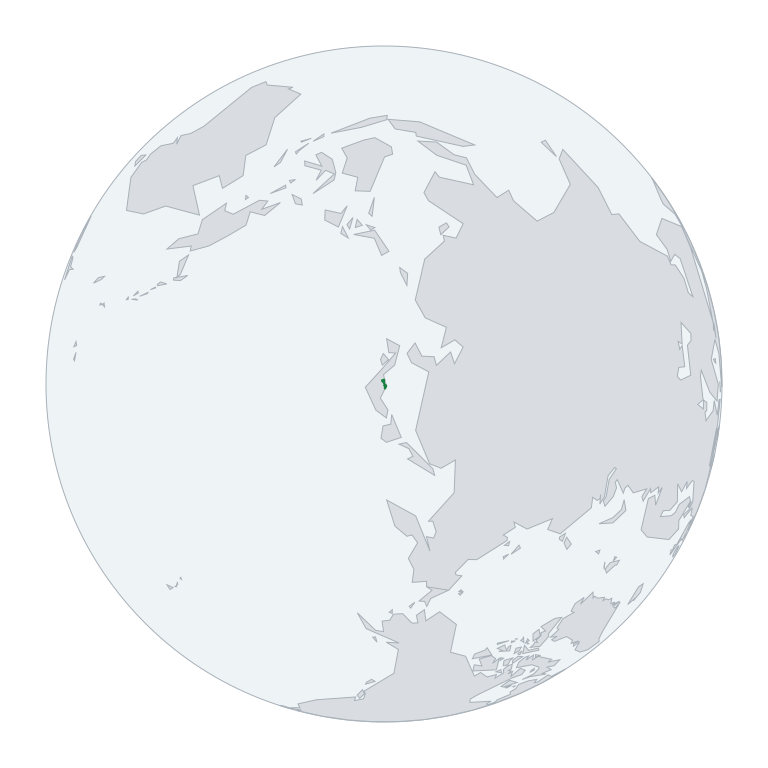 Ishikawa highlighted on a globe, orthographic projection, rotated 140°
{"feature_id": "JPN-1842", "entity_name": "Ishikawa", "entity_type": "Prefecture", "adm_level": 1, "iso_a3": "JPN", "parent_name": "Japan", "parent_adm1": "", "projection": "orthographic", "projection_center": [136.851, 36.797], "detail": "fine", "context": "on_globe", "style": "filled", "palette": "green", "viewbox_px": 768, "rotation_deg": 140, "n_neighbors": 0, "source": "natural_earth", "source_scale": "10m", "svg_char_len": 12866}
<svg xmlns="http://www.w3.org/2000/svg" viewBox="0 0 768 768"><g transform="rotate(140 384 384)"><circle cx="384" cy="384" r="338" fill="#eef3f6" stroke="#a8b0b8"/><path d="M606.1,600.8L605.9,602.3L605.5,602.7L606.1,600.8ZM660.4,189.6L656.6,187.2L664.9,196.2L670.4,204.6L668.3,202.5L664.6,196.8L656.5,190.1L655.5,194.2L638.7,185.5L606.9,162.5L610.1,160.5L602.1,156.0L597.5,158.6L596.4,161.5L562.4,156.0L543.6,171.4L548.2,184.7L538.9,175.9L554.9,208.0L551.5,225.8L548.8,200.7L543.5,194.6L537.9,203.6L531.3,199.3L524.8,201.6L517.3,196.0L516.3,182.8L511.5,179.2L507.9,185.9L498.1,185.2L504.2,175.7L487.8,173.8L483.1,153.3L505.5,135.8L496.5,123.0L502.5,102.2L495.5,100.9L493.3,93.3L484.5,89.2L488.1,87.3L477.9,85.8L476.3,88.4L471.3,88.8L465.9,86.9L469.6,83.9L472.8,84.4L471.1,82.6L475.3,82.0L470.2,81.2L475.3,78.3L462.3,78.5L459.8,74.0L465.3,72.9L475.0,76.5L511.9,85.7L520.5,87.2L522.9,84.9L505.9,72.2L511.1,73.0L510.7,71.5L503.2,68.9L500.7,69.4L486.6,65.1L485.3,67.0L479.4,65.9L473.9,67.3L463.8,63.6L456.8,59.5L460.8,58.5L457.8,57.0L445.1,55.6L443.9,52.5L428.1,49.0L428.7,49.0L453.7,53.3L478.3,59.5L502.3,67.5L525.7,77.2L548.3,88.7L570.0,101.8L590.6,116.6L610.0,132.8L628.2,150.5L645.0,169.4L660.4,189.6ZM679.3,369.7L676.4,363.6L680.0,364.1L679.3,369.7ZM673.4,362.2L674.6,363.8L673.3,362.9L673.4,362.2ZM671.5,363.1L672.9,362.5L671.6,363.9L671.5,363.1ZM669.4,365.3L670.4,363.8L670.4,364.3L669.4,365.3ZM665.1,366.4L663.9,366.5L664.7,364.5L665.1,366.4ZM597.0,163.7L598.1,159.2L604.7,158.9L604.6,162.9L597.0,163.7ZM583.3,165.7L582.0,161.9L591.1,166.0L589.0,166.8L583.3,165.7ZM553.1,195.8L555.3,190.9L555.4,197.3L553.1,195.8ZM525.2,202.9L526.7,205.8L522.7,205.8L525.2,202.9ZM479.9,69.4L477.0,68.4L479.5,68.6L479.9,69.4ZM480.3,71.2L485.3,72.2L486.2,73.3L483.1,72.6L480.3,71.2ZM507.6,197.5L500.7,197.0L507.6,195.1L507.6,197.5ZM473.9,69.8L487.2,75.0L488.7,77.0L478.2,76.2L473.9,69.8ZM496.6,195.2L479.8,195.1L481.7,201.3L467.0,184.5L486.1,189.7L494.2,186.1L492.6,191.3L496.6,195.2ZM478.1,90.1L479.6,87.3L483.3,91.6L478.1,90.1ZM481.7,92.9L500.3,107.0L495.4,110.9L490.2,105.1L487.8,112.1L476.3,106.9L475.0,101.9L480.4,100.3L471.9,99.7L481.7,92.9ZM461.5,175.6L457.3,173.9L461.5,173.2L461.5,175.6ZM469.6,89.3L473.7,91.6L469.8,95.0L460.7,91.1L464.9,91.2L469.6,89.3ZM492.9,116.7L488.3,118.9L477.7,115.2L474.5,115.7L475.6,107.1L492.9,116.7ZM463.1,89.5L456.2,89.2L453.1,86.0L465.2,87.4L463.1,89.5ZM472.6,97.6L470.3,99.2L468.6,97.0L472.6,97.6ZM438.5,75.4L443.6,77.5L442.0,79.3L438.5,75.4ZM453.8,89.3L454.9,90.4L454.8,91.5L449.7,90.8L453.8,89.3ZM468.1,105.4L464.6,103.6L467.1,108.6L459.2,106.5L461.4,101.3L457.2,102.7L454.8,102.1L459.2,98.7L468.1,105.4ZM444.4,93.5L444.4,87.0L435.3,82.4L436.5,80.5L451.0,88.3L444.4,93.5ZM452.7,96.7L447.9,94.2L451.8,92.8L457.6,93.8L452.7,96.7ZM453.2,107.0L464.6,111.6L463.8,112.6L453.2,107.0ZM441.0,92.3L441.1,94.0L439.9,92.2L441.0,92.3ZM448.5,102.7L452.7,104.0L451.6,105.1L448.5,102.7ZM437.7,96.4L437.8,94.1L441.7,94.5L437.7,96.4ZM442.1,99.4L439.6,100.7L443.0,96.0L444.1,99.8L442.1,99.4ZM446.8,103.5L447.6,104.6L445.2,102.8L446.8,103.5ZM422.9,96.5L426.4,90.5L435.0,91.3L430.5,96.8L422.9,96.5ZM126.2,165.5L127.3,164.5L108.1,191.7L101.8,205.5L117.6,192.4L128.0,169.0L139.9,156.8L139.7,168.2L132.1,190.6L136.5,186.7L149.8,166.7L156.8,166.8L155.4,159.6L149.5,166.2L148.6,162.3L153.9,156.2L156.1,156.2L160.9,148.9L149.0,152.0L141.7,159.0L148.8,145.8L137.4,156.6L136.3,156.2L155.1,138.0L159.9,134.6L187.8,111.8L183.4,113.9L156.8,136.0L161.2,131.5L155.1,135.9L163.3,129.1L193.5,105.8L205.7,97.0L224.3,86.2L227.1,84.8L244.9,76.3L236.0,80.8L240.2,79.1L232.2,83.8L233.5,86.1L227.3,91.1L240.0,88.6L238.5,91.3L231.4,91.7L223.2,95.3L209.1,110.1L210.0,111.9L219.4,109.5L214.4,114.4L225.3,110.2L223.2,118.8L234.9,105.3L246.2,103.5L251.6,107.4L257.5,104.7L248.7,98.5L243.3,98.4L235.3,102.0L222.4,101.3L224.6,97.2L246.0,89.8L251.5,83.6L265.7,81.7L280.7,97.6L280.8,107.0L255.1,126.3L248.1,124.7L253.8,116.6L237.3,125.9L244.0,124.2L239.8,128.7L249.6,129.2L247.1,132.5L260.8,127.7L258.8,131.9L250.2,134.8L263.0,140.4L262.2,149.6L266.3,149.4L270.9,146.5L266.8,160.8L270.0,160.1L272.6,155.0L280.7,150.4L293.3,148.3L291.2,153.4L286.4,154.8L273.0,166.0L260.4,169.8L260.9,171.8L271.3,169.7L287.6,156.0L295.8,153.3L289.0,160.1L292.1,157.4L295.5,157.8L296.9,163.1L304.8,155.9L345.3,156.0L352.1,167.3L341.5,172.6L367.6,180.9L373.2,194.8L375.6,189.8L389.7,191.6L388.1,187.2L390.3,185.0L425.8,189.8L432.4,195.5L450.4,193.8L451.6,191.5L447.7,187.0L467.0,184.5L481.7,201.3L478.2,205.5L489.9,213.9L480.2,222.8L477.5,234.7L460.2,240.8L459.6,250.3L464.3,252.6L467.0,268.1L456.5,293.4L444.5,262.5L456.2,226.5L449.6,239.8L445.0,234.1L438.9,237.4L434.8,247.5L438.1,250.3L400.2,255.6L378.1,279.9L394.5,282.8L400.3,293.6L389.6,328.1L341.9,364.5L349.2,382.7L346.7,392.6L333.8,395.5L337.1,381.0L328.1,372.7L331.9,364.6L312.4,365.7L317.0,354.2L299.6,361.4L301.4,372.3L316.9,375.0L299.7,387.3L309.9,408.2L306.1,428.2L272.5,453.5L245.8,454.6L243.1,459.9L235.0,449.4L220.3,455.9L232.1,495.8L230.4,504.9L208.5,513.8L208.7,506.9L187.3,479.0L180.4,498.8L196.5,525.2L201.9,548.3L188.2,535.6L183.0,514.7L175.5,504.2L179.7,486.5L177.6,454.2L163.9,452.3L167.0,441.1L162.0,410.3L143.6,406.2L112.9,417.2L105.2,443.8L96.2,448.8L93.7,396.8L100.6,367.4L94.7,363.3L96.4,328.9L84.8,299.9L87.5,290.7L84.4,288.1L86.3,272.1L92.3,258.1L91.3,252.2L76.5,289.8L78.0,296.4L85.5,293.7L80.6,304.9L79.3,323.3L64.7,332.2L54.8,313.2L61.3,291.7L92.6,218.9L95.8,215.0L96.2,214.3L97.1,213.1L92.3,218.3L100.2,205.6L75.4,250.1L68.0,266.4L54.6,313.8L54.0,314.7L51.9,327.2L54.4,342.3L52.8,348.6L47.0,367.2L46.4,370.4L48.3,345.6L52.0,321.0L57.5,296.7L64.9,272.9L73.9,249.8L84.6,227.3L96.9,205.7L110.8,185.1L126.2,165.5ZM116.4,225.5L116.9,240.2L129.9,223.1L131.2,227.6L135.2,220.5L130.9,221.8L142.5,203.9L147.5,207.2L154.3,201.5L154.4,196.4L143.4,193.5L126.6,218.7L120.9,219.9L116.4,225.5ZM271.6,67.9L264.7,70.4L261.7,70.7L269.7,66.6L274.2,65.9L271.6,67.9ZM255.7,74.2L274.8,69.3L270.6,72.4L269.7,71.3L265.0,73.9L262.4,73.0L239.8,81.7L235.6,82.7L252.6,73.2L249.3,75.4L256.2,72.4L255.7,74.2ZM330.8,58.5L339.0,58.4L319.3,65.0L313.9,64.4L321.5,59.6L332.3,57.6L330.8,58.5ZM452.8,68.3L457.2,69.3L456.2,69.9L451.6,69.6L452.8,68.3ZM441.0,76.2L432.5,65.3L437.1,65.6L426.6,59.8L434.6,58.8L441.2,62.4L439.5,57.7L448.7,60.6L446.2,57.6L459.9,65.7L468.1,68.8L455.9,65.6L448.3,66.4L447.4,67.6L451.1,73.8L464.9,81.5L459.5,84.2L452.0,84.1L447.9,82.6L452.7,81.2L443.7,80.3L447.5,77.2L441.0,76.2ZM367.8,91.9L375.1,89.0L357.7,90.2L361.4,85.6L359.1,86.1L357.8,82.4L352.2,78.9L355.4,77.2L351.9,76.7L350.9,74.5L347.1,73.4L351.5,70.0L347.2,68.5L351.7,67.9L343.2,66.3L351.5,66.1L351.0,63.8L343.2,65.2L375.8,53.9L383.1,50.7L384.7,48.5L398.7,49.5L406.1,52.6L408.6,57.5L399.6,61.0L407.5,61.3L405.6,63.2L400.1,62.2L407.4,65.0L404.3,66.5L406.5,73.2L418.9,77.3L420.0,80.3L413.6,79.4L419.2,83.0L407.9,83.6L408.4,85.9L397.8,89.2L385.2,86.9L386.7,89.7L378.8,92.9L367.8,91.9ZM419.7,97.2L403.7,94.6L397.9,91.0L418.8,86.9L419.9,84.8L433.0,82.8L441.2,88.2L436.7,88.2L434.2,89.5L432.6,87.2L432.0,90.0L425.8,90.2L423.6,92.6L419.0,91.0L419.7,97.2ZM164.4,127.3L161.1,130.2L157.3,133.9L153.4,137.1L164.4,127.3ZM180.8,114.0L184.8,111.1L182.7,112.7L175.3,118.2L176.3,117.4L180.8,114.0ZM187.9,109.4L183.2,112.4L187.7,109.2L187.9,109.4ZM230.2,93.4L228.7,95.5L226.1,96.5L224.0,96.4L230.2,93.4ZM317.0,97.6L322.1,95.8L323.2,96.7L335.1,96.2L333.4,100.1L325.5,101.8L317.0,97.6ZM115.8,191.2L113.9,190.5L116.5,186.7L116.6,187.6L115.8,191.2ZM131.7,161.5L125.1,170.2L130.7,162.3L131.7,161.5ZM317.1,101.7L322.2,101.0L318.1,103.4L317.1,101.7ZM332.7,102.9L329.0,105.8L334.5,100.5L332.7,102.9ZM281.7,618.9L291.8,622.4L291.6,623.4L281.7,618.9ZM271.0,612.2L282.3,615.5L269.3,614.2L271.0,612.2ZM286.8,616.8L298.4,617.3L303.4,616.6L302.6,618.8L286.8,616.8ZM263.4,610.2L223.9,596.7L208.8,587.7L211.9,584.7L236.3,595.1L263.4,610.2ZM210.7,584.1L188.2,561.9L160.9,508.9L170.6,515.1L199.9,553.2L197.9,556.3L211.5,572.2L210.7,584.1ZM266.9,580.8L264.8,591.8L242.6,583.8L232.7,578.6L225.9,560.9L229.7,554.5L237.6,557.6L270.8,540.5L281.9,550.5L271.2,559.2L280.4,572.4L266.9,580.8ZM105.7,447.3L108.2,468.2L103.7,467.0L105.7,447.3ZM286.0,524.6L271.4,533.2L285.3,520.1L286.0,524.6ZM295.2,510.7L295.2,517.3L290.5,509.7L295.2,510.7ZM241.1,468.9L232.6,467.3L233.2,462.5L244.5,461.9L241.1,468.9ZM303.1,444.8L299.8,458.8L297.1,463.1L294.8,453.5L303.1,444.8ZM309.1,138.7L294.5,134.5L282.8,135.2L274.4,141.0L280.0,131.6L298.0,130.5L309.1,138.7ZM341.0,153.0L348.4,148.8L349.5,152.4L347.9,153.9L341.0,153.0ZM342.5,149.2L343.4,141.0L350.3,139.8L348.2,146.5L342.5,149.2ZM329.6,119.6L325.4,118.0L328.8,115.9L329.6,119.6ZM531.3,686.2L537.1,684.2L528.0,689.2L514.7,695.4L500.3,700.9L531.3,686.2ZM423.1,715.2L419.2,712.5L434.7,711.1L431.3,714.1L423.1,715.2ZM540.8,680.9L548.7,675.3L548.4,671.8L551.5,673.8L561.8,669.1L540.7,682.4L540.8,680.9ZM356.3,697.2L294.7,696.3L280.1,691.5L281.3,688.1L263.0,669.8L267.5,671.4L261.4,659.5L296.3,658.3L320.6,643.0L342.9,647.9L358.0,634.2L381.9,637.7L376.3,649.5L402.9,658.8L416.8,632.0L436.9,660.7L458.9,668.8L469.7,682.5L445.0,705.0L427.2,709.5L421.9,708.3L415.0,710.2L401.6,709.8L390.6,703.8L383.9,705.5L388.7,700.9L379.8,704.8L371.2,700.2L356.3,697.2ZM528.9,646.1L533.5,645.8L541.7,648.0L534.4,649.1L528.9,646.1ZM594.8,611.0L597.6,611.9L592.7,614.5L594.8,611.0ZM605.5,602.7L599.6,606.2L606.1,600.8L605.5,602.7ZM548.3,626.1L550.9,627.1L549.2,628.1L548.3,626.1ZM546.4,626.0L548.5,622.7L548.7,625.4L546.4,626.0ZM523.5,615.2L525.8,613.2L527.1,614.2L523.5,615.2ZM307.0,625.9L320.8,620.3L328.7,621.0L307.0,625.9ZM519.4,612.6L513.0,613.3L513.5,611.6L519.4,612.6ZM519.4,608.7L518.6,606.5L523.0,611.2L519.4,608.7ZM506.9,605.3L514.9,608.3L506.0,605.9L506.9,605.3ZM502.4,606.4L496.8,605.2L497.1,604.4L502.4,606.4ZM443.0,613.6L463.5,626.9L447.8,627.1L430.0,618.6L417.6,626.6L388.5,623.8L394.6,619.1L390.3,610.9L361.3,604.8L355.4,598.8L365.4,596.4L346.7,589.6L367.1,589.8L375.8,601.9L387.5,594.4L408.4,597.9L429.4,602.3L446.9,610.4L443.0,613.6ZM367.9,614.0L371.5,614.4L368.5,617.2L367.9,614.0ZM486.1,600.3L494.2,604.8L493.4,606.1L489.5,605.7L486.1,600.3ZM450.8,608.5L469.4,598.9L474.0,598.9L461.8,609.5L450.8,608.5ZM464.6,593.3L473.5,594.1L478.5,598.9L476.7,600.4L464.6,593.3ZM326.3,597.9L325.6,600.8L320.4,597.5L326.3,597.9ZM332.9,597.3L348.7,603.0L331.5,599.6L332.9,597.3ZM287.1,576.8L291.4,585.2L305.1,583.7L294.6,588.1L304.3,602.1L301.4,605.8L291.6,590.9L288.9,603.3L282.9,601.6L279.2,589.4L285.1,576.8L291.1,572.4L316.0,575.5L287.1,576.8ZM332.6,588.3L328.5,578.9L331.6,573.6L336.0,579.0L332.6,588.3ZM317.2,555.1L307.3,542.3L297.6,544.2L318.0,533.6L324.0,547.7L317.2,555.1ZM309.9,529.9L300.8,531.5L310.7,524.9L309.9,529.9ZM298.8,527.4L298.6,519.6L305.4,522.3L298.8,527.4ZM314.6,531.2L317.5,518.8L320.3,527.1L314.6,531.2ZM297.7,501.8L311.1,518.0L292.3,507.9L294.9,482.5L303.2,484.0L297.7,501.8ZM365.0,407.7L364.8,399.7L373.2,399.5L370.9,405.0L365.0,407.7ZM400.4,393.5L375.4,396.9L355.3,400.3L360.1,404.9L352.9,417.0L347.4,403.2L363.7,391.6L378.4,391.5L383.4,381.0L395.9,375.5L397.6,361.6L404.0,356.5L407.0,369.3L400.4,393.5ZM397.7,355.7L405.1,332.0L419.6,337.8L421.2,344.3L411.7,352.5L404.6,348.9L397.7,355.7ZM411.1,328.2L404.4,324.7L401.0,287.6L403.9,281.4L414.1,311.5L408.3,310.0L406.5,318.5L411.1,328.2ZM457.1,176.8L457.3,174.2L459.9,176.9L457.1,176.8ZM389.1,182.6L392.5,180.1L395.5,183.0L389.1,182.6ZM403.7,175.1L397.9,173.5L404.9,173.1L403.7,175.1ZM384.9,170.6L396.1,171.9L384.2,173.8L384.9,170.6Z" fill="#d9dde1" stroke="#a8b0b8" stroke-width="1"/><path d="M381.0,387.0L381.3,386.8L381.4,386.6L381.6,386.5L381.8,386.4L382.0,386.1L383.0,384.8L383.2,384.4L383.6,383.6L383.6,383.3L383.5,383.2L383.6,382.9L383.5,382.7L383.4,382.5L383.4,382.4L383.4,382.1L383.3,381.9L383.3,382.0L383.2,382.0L383.1,381.9L383.2,381.6L383.3,381.5L383.3,381.4L383.4,381.2L383.4,380.9L383.5,380.7L384.0,380.4L384.2,380.5L384.4,380.4L384.9,380.2L385.0,380.1L385.2,379.9L385.9,379.7L386.1,379.7L386.3,379.7L386.3,379.8L386.3,380.0L386.2,380.2L385.9,380.3L385.8,380.6L386.0,380.7L385.9,380.8L385.8,381.0L385.7,381.1L385.2,381.1L385.1,381.3L385.0,381.5L384.9,381.6L384.6,381.6L384.4,381.5L384.5,381.5L384.5,381.4L384.4,381.5L384.2,381.8L384.1,382.0L384.1,382.3L384.3,382.3L384.5,382.5L384.8,382.2L385.0,382.3L384.9,382.7L385.0,383.0L384.9,383.1L384.7,383.1L384.4,383.2L384.2,383.2L384.1,383.4L384.0,383.5L383.9,383.8L383.9,384.0L383.8,384.3L383.7,384.4L383.6,384.5L383.7,384.8L383.6,385.0L383.7,385.4L383.7,385.5L383.6,385.8L383.6,386.1L383.6,386.3L383.6,386.5L383.6,386.8L383.6,387.0L383.8,387.2L383.8,387.3L383.6,387.8L383.5,388.1L383.4,388.3L383.1,388.3L382.9,388.3L382.7,388.1L382.5,387.9L382.3,387.8L382.1,387.8L381.9,387.9L381.7,387.8L381.5,387.7L381.4,387.7L381.3,387.4L381.3,387.2L381.1,387.1L381.0,387.0ZM384.9,381.9L384.9,382.0L384.7,382.1L384.4,382.2L384.3,381.9L384.3,382.0L384.5,382.0L384.5,381.9L384.7,382.0L384.8,382.0L384.8,381.9L384.9,381.9Z" fill="#22c55e" stroke="#15803d" stroke-width="1.5"/></g></svg>